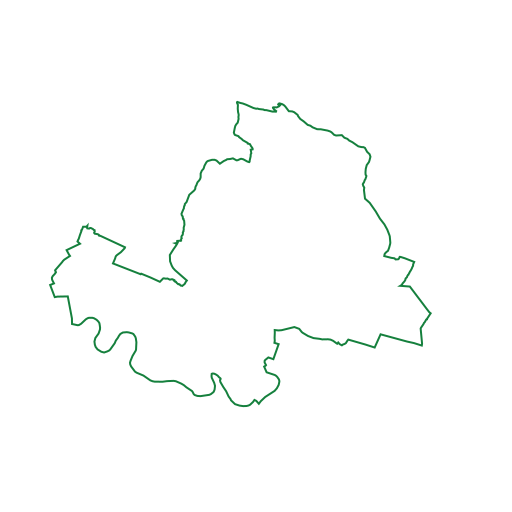 Valea Vinului, Satu Mare, Romania (Natural Earth projection), rotated 199°
{"feature_id": "2599482B77200705229767", "entity_name": "Valea Vinului", "entity_type": "district", "adm_level": 2, "iso_a3": "ROU", "parent_name": "Romania", "parent_adm1": "Satu Mare", "projection": "natural_earth1", "projection_center": [23.187, 47.68], "detail": "fine", "context": "isolated", "style": "outline", "palette": "green", "viewbox_px": 512, "rotation_deg": 199, "n_neighbors": 0, "source": "geoboundaries", "source_scale": "gbopen_adm2", "svg_char_len": 6138}
<svg xmlns="http://www.w3.org/2000/svg" viewBox="0 0 512 512"><g transform="rotate(199 256 256)"><path d="M284.3,406.5L282.4,406.2L282.9,405.1L284.7,403.3L288.1,402.2L288.3,401.9L288.1,401.5L286.5,400.4L284.1,399.6L284.1,399.0L287.4,397.9L293.7,397.3L295.6,396.7L296.6,396.9L301.1,395.9L302.6,395.9L303.8,395.3L306.6,395.1L314.4,395.8L318.2,395.9L320.7,395.6L323.8,395.6L324.0,395.3L323.9,394.7L322.3,393.0L321.2,389.3L319.8,386.2L318.5,384.2L318.1,383.0L317.9,381.7L317.1,380.0L316.7,376.1L317.5,374.2L317.9,372.4L317.8,370.5L317.1,365.4L315.8,363.9L315.2,363.6L311.8,363.6L311.2,363.4L310.7,362.9L307.7,362.0L306.1,361.2L300.7,360.2L300.4,359.6L298.2,359.8L296.3,358.1L294.8,357.1L294.0,356.2L293.9,355.7L295.6,354.8L293.9,351.6L294.1,350.4L293.5,348.4L293.1,344.5L292.8,343.3L292.9,342.6L293.3,342.5L295.0,342.5L299.5,343.3L301.6,343.1L302.2,342.8L304.5,340.6L305.6,340.1L309.6,340.8L312.2,339.2L314.8,338.1L315.5,337.1L317.4,335.3L320.2,331.5L324.4,333.4L326.5,333.5L328.8,332.7L332.4,330.2L333.1,329.3L333.5,328.2L334.1,324.6L334.0,321.5L335.0,319.0L335.2,316.0L334.0,312.5L333.9,310.9L334.3,309.0L335.2,307.0L335.4,305.6L335.4,303.5L335.7,302.2L335.6,300.7L335.3,299.8L335.5,298.7L335.9,297.6L339.0,292.2L339.2,284.4L340.2,282.0L339.9,280.8L340.1,280.3L340.0,279.6L340.1,279.0L339.7,277.5L339.9,276.4L340.2,271.6L339.3,270.2L338.2,269.6L337.6,268.2L336.7,267.5L336.9,267.2L335.4,265.9L333.8,262.2L333.6,259.2L332.9,257.4L332.8,256.1L332.6,255.8L332.9,254.5L332.6,254.1L332.2,252.2L332.7,251.1L332.8,250.0L332.6,249.3L332.0,248.7L332.3,247.6L331.8,246.1L332.1,245.8L332.7,245.9L333.3,245.5L335.4,244.6L335.3,244.1L334.4,243.6L334.6,242.9L336.4,241.8L334.6,241.7L335.1,239.4L336.3,235.3L337.8,228.9L335.5,223.0L332.5,219.4L330.6,217.7L327.9,216.2L313.4,210.3L314.2,207.8L314.1,207.0L314.6,205.9L316.0,203.7L316.6,203.8L317.4,203.5L318.3,203.8L318.9,204.3L320.0,204.3L320.3,204.0L322.3,204.8L323.3,205.6L323.9,205.7L324.1,205.4L325.1,205.8L324.9,206.0L325.3,206.6L325.9,206.4L326.3,206.7L327.4,206.8L328.3,206.5L329.7,205.6L332.3,205.9L333.9,205.2L335.9,204.9L336.5,204.5L338.5,200.3L348.6,201.3L358.8,201.9L359.1,201.2L388.8,202.4L388.4,207.8L388.5,209.6L388.3,210.6L387.7,211.7L385.0,215.6L382.7,220.6L382.7,221.6L409.7,224.4L410.9,224.1L411.1,224.2L411.1,224.6L411.6,224.9L412.8,225.1L415.7,224.6L416.6,225.2L416.5,226.8L417.1,227.9L417.8,227.8L419.0,228.4L421.3,228.7L422.0,228.5L422.7,227.6L424.5,227.2L425.1,227.8L425.1,228.6L425.3,229.7L425.6,229.0L426.5,228.2L429.0,227.4L429.1,224.2L429.6,223.4L429.2,222.8L429.2,222.2L429.3,218.6L429.2,214.5L429.4,213.6L429.5,211.6L426.4,210.3L437.0,199.9L433.3,196.5L431.9,195.5L436.1,190.1L436.9,188.5L437.3,187.1L441.3,177.1L440.2,175.9L440.3,175.6L439.9,175.3L440.4,173.6L441.7,170.7L441.9,169.0L441.3,167.6L440.6,166.7L438.1,164.3L441.2,161.6L432.9,151.6L430.4,153.0L420.8,156.5L409.7,137.0L407.8,131.8L402.1,132.5L401.0,133.0L399.3,135.0L396.3,140.7L394.9,142.4L393.8,143.2L390.5,144.3L388.9,144.4L386.0,143.8L383.7,142.7L382.2,141.5L381.2,139.7L380.1,137.5L379.6,135.7L379.6,131.4L381.2,126.2L380.9,122.5L379.5,119.7L378.0,117.8L375.4,116.1L371.1,115.1L368.2,115.3L365.5,117.4L364.1,118.8L363.4,120.1L361.2,127.5L361.0,130.4L360.0,133.6L359.6,135.9L358.9,138.1L357.0,140.3L353.4,141.9L351.4,142.3L347.8,142.5L346.5,142.3L343.9,140.4L342.8,139.0L341.0,135.5L339.0,128.6L338.9,127.5L340.2,121.3L340.5,116.0L340.4,114.1L339.6,112.5L338.1,110.9L332.8,107.3L330.9,106.8L323.5,106.3L315.4,104.0L313.1,103.9L310.9,104.2L303.4,106.7L299.4,108.7L293.3,111.1L291.0,111.5L285.1,111.0L282.2,110.4L279.1,109.2L272.6,107.5L271.6,106.8L269.9,105.1L268.7,104.6L265.9,104.6L262.9,105.4L255.0,109.5L253.7,110.7L251.9,113.5L251.7,114.9L251.7,116.4L252.5,119.9L254.2,122.4L258.2,126.5L259.0,128.1L259.5,130.2L258.7,130.8L257.3,131.1L255.7,131.0L253.3,130.4L251.4,129.3L249.9,128.8L249.4,128.3L249.6,126.9L248.7,125.3L244.3,121.5L240.2,118.4L236.1,114.2L233.6,112.5L232.6,111.4L227.6,109.1L222.8,109.2L219.2,109.9L216.1,111.1L214.4,112.2L213.2,113.4L211.3,117.0L210.6,119.4L208.5,119.1L205.2,117.2L204.2,120.3L201.4,125.7L194.5,134.5L193.2,137.7L192.6,141.5L193.0,144.8L193.5,145.9L194.3,146.9L196.6,148.6L198.1,149.3L199.5,149.6L208.1,149.5L212.3,154.1L211.3,155.3L211.0,156.1L213.1,158.0L213.5,159.0L213.7,159.9L213.4,160.7L211.3,164.1L206.0,164.1L205.9,180.0L210.3,179.9L210.5,181.2L210.8,182.3L211.8,184.7L213.2,189.4L214.2,192.1L210.6,192.9L207.6,194.2L196.6,201.3L191.4,201.2L188.0,199.0L186.9,198.6L180.8,197.3L177.6,197.2L174.9,197.1L168.8,198.4L166.3,198.7L160.8,200.7L158.3,201.2L155.4,200.9L150.9,199.5L150.6,199.5L150.1,201.0L148.2,199.9L145.7,199.5L144.9,200.7L143.7,201.6L142.7,202.8L142.0,205.7L141.5,207.0L123.8,207.9L114.0,208.1L112.7,222.5L85.2,224.3L78.3,225.1L70.1,225.3L70.4,227.1L76.7,241.0L76.6,242.0L75.5,246.0L75.4,247.3L74.9,248.4L74.4,251.2L74.1,251.8L73.7,251.9L73.8,252.5L72.2,258.7L73.9,259.3L77.4,261.6L100.6,277.2L109.8,274.8L109.2,275.5L108.6,276.7L108.5,277.7L107.4,280.3L107.0,282.2L107.2,282.8L107.2,283.5L106.4,285.0L106.4,286.3L106.1,287.7L105.8,287.9L105.6,289.9L105.4,290.2L105.4,291.4L105.0,292.4L104.6,295.0L104.6,296.1L104.3,297.9L104.7,299.2L104.5,301.9L114.4,302.3L118.9,302.2L119.8,302.0L119.9,301.7L119.9,300.8L120.1,299.8L120.5,299.2L122.9,298.2L124.3,298.9L127.5,298.3L134.7,297.7L135.0,299.6L134.8,300.5L134.0,302.2L132.9,303.9L132.8,307.1L133.1,311.3L133.4,312.5L135.9,318.1L136.6,319.1L140.5,323.7L144.9,327.7L151.0,331.7L157.3,337.1L165.8,343.3L171.6,345.7L175.4,353.5L175.9,355.9L177.3,357.1L178.4,358.6L178.3,359.7L177.9,360.5L177.9,363.2L177.6,364.0L177.6,367.1L177.8,367.8L178.8,368.5L179.2,369.4L179.8,371.0L180.6,374.2L180.9,378.0L179.8,381.6L179.8,383.2L180.1,387.1L181.7,389.2L184.9,390.7L188.2,393.7L189.8,393.9L191.8,393.3L195.0,393.0L201.9,395.0L205.5,395.5L207.7,396.5L210.9,396.6L214.2,398.2L219.5,396.0L221.6,396.0L224.7,397.5L226.3,397.9L229.1,397.9L236.1,396.9L239.4,395.8L244.4,396.1L247.0,396.9L249.8,396.8L254.7,398.8L258.8,400.0L261.8,402.0L262.3,402.7L262.7,403.0L266.7,404.4L268.8,404.5L272.1,403.6L277.0,406.9L278.7,407.7L280.5,408.1L283.4,408.0L284.2,407.4L284.3,406.5Z" fill="none" stroke="#15803d" stroke-width="2"/></g></svg>